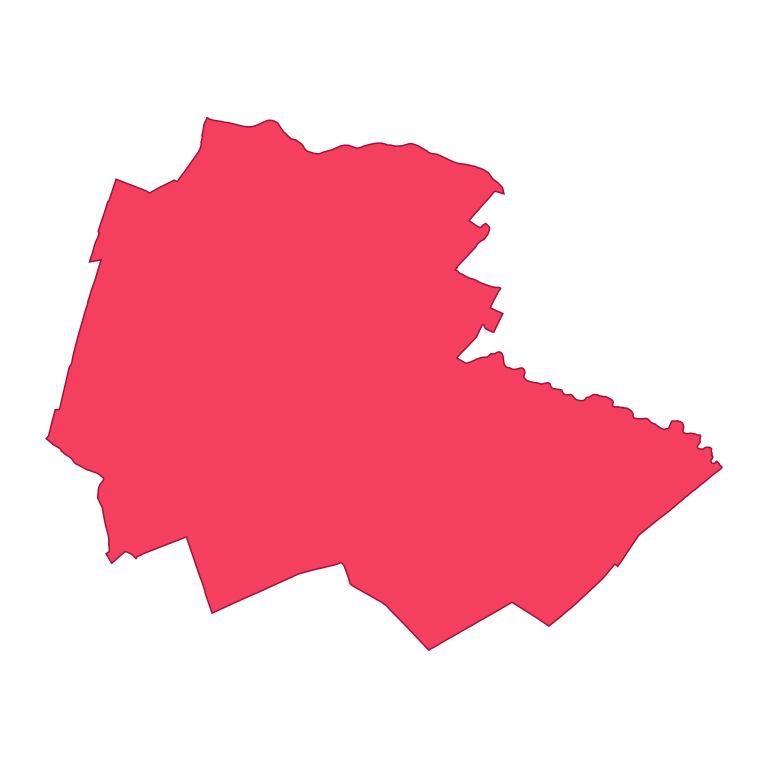 outline of Ratesti, Arges, Romania
{"feature_id": "2599482B71103807333255", "entity_name": "Ratesti", "entity_type": "district", "adm_level": 2, "iso_a3": "ROU", "parent_name": "Romania", "parent_adm1": "Arges", "projection": "equal_earth", "projection_center": [25.172, 44.71], "detail": "fine", "context": "isolated", "style": "filled", "palette": "rose", "viewbox_px": 768, "rotation_deg": 0, "n_neighbors": 0, "source": "geoboundaries", "source_scale": "gbopen_adm2", "svg_char_len": 6080}
<svg xmlns="http://www.w3.org/2000/svg" viewBox="0 0 768 768"><path d="M428.8,650.2L430.0,649.3L434.7,646.8L444.7,640.8L454.8,635.2L460.8,631.6L468.9,627.1L479.5,620.9L486.6,617.0L512.0,602.3L512.6,602.6L538.0,618.7L548.8,626.1L560.6,616.8L568.7,609.6L569.2,609.6L575.8,603.7L593.6,587.2L601.2,580.0L605.8,575.1L614.7,564.3L615.2,564.4L616.0,564.9L617.7,566.4L623.4,558.3L627.3,552.2L638.6,535.5L640.8,533.5L657.5,520.0L670.2,510.2L681.8,500.3L683.5,499.1L685.3,497.0L687.3,495.9L693.3,490.6L695.4,489.5L699.2,486.0L705.4,481.2L711.0,476.4L721.1,468.6L721.7,468.1L721.9,467.1L721.9,466.9L721.0,466.0L720.7,465.9L719.7,465.1L719.5,464.3L719.3,463.9L718.8,463.4L718.2,462.5L717.2,461.5L716.9,461.3L716.0,461.6L715.4,462.8L714.7,463.3L712.4,463.3L711.5,462.9L711.1,461.9L711.1,461.4L710.8,460.5L712.3,458.5L712.8,457.3L712.5,456.0L711.7,455.6L711.6,455.1L712.2,453.6L712.0,453.0L711.4,451.9L711.3,451.0L711.7,448.9L710.1,447.4L706.4,447.2L705.7,447.4L703.7,448.5L702.6,449.4L701.4,449.0L699.0,448.9L697.8,448.0L697.4,446.7L698.3,444.7L699.6,443.2L700.1,442.0L699.9,440.1L700.4,437.2L700.7,436.5L700.1,435.0L697.9,435.1L694.5,433.8L690.6,433.2L686.9,433.7L684.4,433.1L683.2,432.1L682.9,431.3L683.7,427.4L683.2,424.6L682.3,422.9L681.2,422.1L679.2,421.3L677.6,420.8L675.5,421.1L672.9,421.0L671.7,421.1L669.0,427.4L668.7,428.6L666.0,428.8L664.6,429.3L664.0,429.3L661.9,428.7L656.9,425.6L656.1,425.0L655.4,424.1L653.9,423.8L651.5,422.6L649.5,420.9L649.0,420.1L648.0,419.1L646.5,418.4L641.8,418.8L634.5,418.3L632.9,416.9L633.2,414.6L632.9,413.2L632.0,411.8L630.4,410.2L627.9,408.5L626.1,408.0L624.3,408.0L622.4,407.7L622.6,407.5L619.6,407.3L617.7,406.7L615.5,407.0L613.1,406.6L612.6,404.5L613.2,402.3L613.0,401.1L611.6,399.7L606.0,396.7L602.6,396.5L601.4,396.1L599.7,395.9L597.4,394.8L593.8,394.6L592.0,395.2L589.1,397.2L587.0,397.2L586.0,398.1L584.8,399.6L583.0,400.6L581.7,400.8L578.9,400.4L576.4,399.7L574.5,398.2L573.9,397.5L573.4,396.6L572.8,395.8L571.9,395.1L570.3,394.4L569.1,394.9L565.6,394.9L564.6,394.5L563.3,393.4L562.4,391.7L561.8,390.1L561.0,389.8L553.0,388.6L552.4,388.3L550.9,386.8L550.2,384.0L549.7,383.4L548.9,383.0L548.0,382.8L547.3,382.8L543.7,383.5L542.2,384.1L540.0,383.8L537.2,382.8L534.0,382.6L533.0,382.2L531.2,382.0L527.5,380.7L526.4,380.1L524.6,378.4L523.9,377.3L523.9,376.2L524.8,373.5L524.9,372.4L524.7,371.5L524.4,370.3L523.3,368.6L522.7,368.3L521.5,367.8L515.9,369.2L513.1,369.4L511.9,369.0L510.8,368.3L510.0,368.1L508.8,367.6L507.0,367.4L506.2,367.1L504.2,364.2L503.9,363.0L503.3,357.6L503.0,356.1L502.0,353.5L500.7,352.3L499.6,352.0L497.9,352.0L495.9,353.0L495.4,353.6L494.2,354.0L491.0,353.6L489.1,355.5L487.3,357.1L482.7,357.3L480.5,357.8L476.1,359.3L475.2,359.9L470.9,361.8L466.6,363.3L465.8,363.2L456.7,357.9L460.3,353.9L469.4,344.6L476.4,337.1L482.3,324.8L483.0,324.5L483.9,325.1L485.2,328.4L488.1,330.0L492.7,332.1L493.8,332.2L497.8,323.7L502.9,313.6L490.2,307.8L494.7,298.6L494.7,298.8L496.0,296.4L498.5,291.3L499.9,289.7L500.7,288.3L500.4,288.0L498.9,287.3L497.2,287.5L495.1,287.4L493.5,287.1L488.4,285.7L481.2,283.0L478.6,281.8L476.9,280.5L472.7,279.0L469.6,278.3L468.2,277.4L466.6,276.9L463.1,274.7L460.0,273.3L458.6,272.3L457.9,271.2L455.2,269.8L455.7,269.5L456.6,268.5L457.1,267.6L456.6,267.4L475.9,246.8L477.4,244.1L479.3,242.3L481.0,241.0L483.5,239.6L483.9,238.8L484.7,238.4L484.7,238.6L487.9,234.3L489.3,230.4L489.6,228.7L489.5,227.3L488.7,226.2L485.7,223.4L482.9,225.2L481.0,227.3L480.0,227.7L477.5,226.3L475.2,224.9L469.8,221.1L469.1,220.4L477.2,211.2L477.3,211.3L482.9,204.7L491.3,195.5L492.5,193.7L494.7,191.4L495.8,191.4L504.0,193.9L502.5,187.5L497.7,182.6L492.8,178.9L488.5,172.8L484.2,170.0L480.6,168.4L477.9,167.7L475.4,166.5L465.3,164.3L459.6,163.7L455.9,162.7L450.8,160.7L441.0,156.0L437.1,154.3L431.1,153.4L428.4,152.3L426.9,150.9L418.2,145.8L411.8,143.6L409.0,143.8L402.1,145.8L395.8,146.2L390.9,145.1L387.3,145.0L385.3,144.1L382.4,143.2L378.2,143.1L375.1,143.4L369.5,144.5L364.0,146.0L362.3,146.8L358.5,148.1L356.7,148.1L348.5,145.3L344.2,145.2L339.7,146.2L337.8,147.3L331.6,149.9L323.0,152.2L319.7,153.7L317.7,153.9L313.3,153.1L307.1,151.1L304.8,148.9L303.2,146.1L301.2,143.6L296.8,140.6L294.9,139.6L293.8,139.6L290.8,138.6L283.1,131.2L277.6,122.9L274.3,121.1L272.5,120.5L270.0,120.2L268.1,120.4L265.7,121.1L256.3,125.5L252.1,126.7L248.2,126.9L242.8,126.2L227.5,122.5L224.9,122.3L220.0,121.2L214.1,120.4L209.7,119.2L208.0,118.1L206.8,117.8L206.1,120.1L205.0,122.0L203.7,125.4L203.8,127.0L203.4,128.4L203.1,130.3L201.9,135.9L202.5,136.7L201.0,142.5L201.3,143.5L200.9,145.9L200.1,148.5L198.6,151.7L184.2,172.1L181.7,175.2L177.3,181.6L173.9,180.1L173.4,180.6L159.9,187.2L149.2,193.2L147.0,191.2L116.1,179.2L109.0,200.7L107.8,201.6L105.0,210.8L99.2,228.1L98.2,231.2L99.0,233.8L98.0,236.8L95.3,242.8L94.4,245.8L92.6,252.6L90.6,258.2L89.5,261.9L95.8,260.9L101.2,259.8L97.9,270.1L95.2,279.6L91.9,288.6L87.7,302.3L87.3,305.2L86.8,306.6L86.1,308.1L77.6,337.8L72.7,357.1L71.7,363.4L69.6,366.6L69.1,367.8L59.5,409.4L55.1,409.8L48.5,435.9L46.1,438.7L49.3,441.1L50.3,442.1L52.2,443.4L52.7,444.3L57.6,447.2L59.3,448.1L60.2,448.8L60.9,449.8L61.2,451.0L62.7,451.9L64.1,453.5L69.6,457.0L71.8,458.9L74.3,462.6L76.5,464.2L78.9,465.3L87.3,469.9L89.4,470.4L97.4,473.3L99.6,474.7L102.4,477.2L103.3,477.8L103.5,478.3L103.5,479.5L102.6,481.3L100.4,483.9L99.9,484.8L98.7,487.7L98.2,490.3L98.3,491.1L97.6,497.5L98.1,498.9L100.6,504.2L101.3,505.9L102.2,506.8L102.3,508.3L105.3,524.1L107.0,530.8L108.4,535.9L109.0,541.4L108.8,542.4L108.8,544.6L109.1,545.9L109.2,551.7L106.1,553.7L111.7,563.3L115.6,560.0L120.1,555.8L125.0,551.7L126.6,551.9L127.8,552.4L130.4,553.6L133.3,555.8L135.9,558.6L136.6,557.8L136.9,556.9L138.3,556.1L141.8,554.8L142.1,554.2L161.1,546.7L186.4,536.9L200.4,578.1L201.0,579.2L205.2,591.9L205.0,592.6L212.1,613.1L244.5,598.3L257.4,592.7L298.0,574.2L301.6,573.1L311.6,570.3L334.4,565.0L337.9,563.9L341.0,562.5L341.7,562.9L342.5,563.7L344.4,566.4L348.2,576.9L350.1,583.6L350.8,584.6L356.4,588.1L369.6,595.4L377.0,599.7L380.5,601.5L386.5,605.8L389.2,608.9L404.2,624.2L428.8,650.2Z" fill="#f43f5e" stroke="#9f1239" stroke-width="1.5"/></svg>